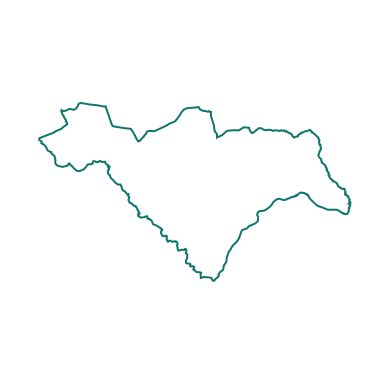 Bazega, Bazéga, Burkina Faso, rotated 8°
{"feature_id": "67063806B75312427459337", "entity_name": "Bazega", "entity_type": "district", "adm_level": 2, "iso_a3": "BFA", "parent_name": "Burkina Faso", "parent_adm1": "Bazéga", "projection": "albers", "projection_center": [-1.393, 11.898], "detail": "fine", "context": "isolated", "style": "outline", "palette": "teal", "viewbox_px": 384, "rotation_deg": 8, "n_neighbors": 0, "source": "geoboundaries", "source_scale": "gbopen_adm2", "svg_char_len": 6071}
<svg xmlns="http://www.w3.org/2000/svg" viewBox="0 0 384 384"><g transform="rotate(8 192 192)"><path d="M36.0,164.6L36.6,165.1L38.0,165.3L39.3,166.0L41.8,168.5L42.1,169.5L43.4,170.9L44.4,171.5L47.3,172.2L47.3,173.2L51.0,175.6L51.4,177.5L52.4,179.4L52.3,181.1L52.7,182.6L53.7,183.7L55.2,184.6L56.6,184.9L60.6,185.1L64.9,183.3L65.7,182.6L65.6,182.0L65.9,181.2L66.8,180.8L68.4,182.5L69.6,183.1L72.1,185.3L75.3,187.1L77.5,187.1L81.4,184.8L83.7,181.9L84.3,180.3L85.1,179.2L89.1,178.2L89.5,177.8L89.8,175.5L90.2,175.1L91.5,175.1L92.4,175.5L94.2,175.7L94.9,175.5L96.1,174.2L97.0,174.1L98.9,174.8L101.4,174.1L101.8,174.3L102.1,175.3L102.8,175.9L103.6,176.6L104.8,176.8L105.7,177.8L106.8,178.1L106.8,178.7L105.5,179.0L106.6,180.3L106.7,181.0L105.7,182.2L106.2,183.3L105.9,184.7L106.2,185.3L107.3,186.3L108.5,186.9L109.1,188.7L110.3,189.9L112.2,191.2L115.0,193.6L117.9,195.0L119.8,194.5L120.5,195.0L122.5,198.4L122.5,199.1L123.5,200.1L124.9,200.5L126.3,201.4L127.6,202.8L128.3,203.0L129.1,202.7L129.6,203.2L129.1,204.1L130.6,206.1L130.2,208.5L130.4,209.2L131.2,210.1L131.3,210.7L131.7,211.2L132.6,211.1L132.8,211.5L135.1,212.5L136.1,213.7L137.8,213.7L138.8,214.4L138.7,214.9L140.0,215.9L140.4,217.0L141.7,218.3L141.5,218.7L143.1,220.5L142.3,221.5L141.7,221.6L142.1,223.2L142.8,223.3L143.8,224.3L144.6,224.4L148.1,223.7L150.2,222.3L151.2,222.4L151.6,224.4L151.9,224.6L153.1,224.6L153.3,224.9L153.9,224.6L154.4,225.2L155.3,225.6L156.2,226.3L157.8,229.2L161.9,230.3L166.7,232.5L167.9,233.7L167.9,234.0L167.0,234.5L166.8,236.4L167.0,237.1L168.3,238.5L168.6,239.4L169.4,239.9L172.0,238.9L172.7,239.7L173.2,239.4L173.4,239.7L173.1,240.5L173.5,241.5L173.5,242.6L174.9,244.4L175.3,244.5L176.0,243.5L177.0,243.2L179.5,244.1L181.8,243.1L182.3,243.1L182.9,243.7L183.7,243.4L184.8,244.8L185.0,245.6L184.5,247.1L185.1,248.0L185.9,251.2L186.7,252.0L190.2,250.5L192.2,250.5L193.3,249.2L193.8,249.4L194.7,250.7L194.3,252.8L194.5,253.5L195.7,254.2L196.1,255.1L196.4,258.6L195.6,260.3L195.7,262.6L195.9,262.9L197.0,263.4L199.2,263.3L200.3,263.6L200.6,263.9L200.3,265.3L200.5,265.7L202.1,265.8L203.8,265.4L204.2,265.5L204.8,266.4L204.3,267.3L204.1,268.6L204.5,268.9L205.7,269.1L206.6,270.2L208.2,270.7L210.5,270.4L212.2,270.6L212.4,270.8L211.9,271.9L212.7,275.9L213.8,275.5L215.8,274.3L216.7,274.6L217.5,274.4L222.6,274.2L223.4,274.5L223.7,275.7L225.4,277.1L226.7,276.2L227.1,275.1L228.9,273.4L229.2,272.8L229.7,272.2L230.3,271.1L229.7,270.4L229.9,269.1L230.5,268.5L231.1,267.1L233.7,264.8L233.7,260.5L235.5,257.0L235.7,255.0L235.5,252.3L236.8,245.9L238.1,243.7L239.0,241.0L240.7,238.1L243.2,235.2L243.7,233.9L244.3,233.2L245.1,230.7L246.6,223.3L247.1,222.6L250.9,220.8L252.1,219.7L252.8,218.1L258.9,214.4L260.6,212.6L261.1,211.7L261.2,209.9L260.9,207.5L259.7,205.6L259.9,203.5L260.3,202.7L261.3,201.7L265.8,200.5L267.3,199.6L271.1,195.9L272.7,193.5L274.0,190.6L276.6,187.8L278.3,186.8L279.3,186.6L282.6,187.1L285.3,187.0L287.0,185.7L289.1,184.8L290.5,183.5L293.1,182.9L293.7,182.0L294.0,181.8L295.1,181.9L295.9,181.2L295.7,180.6L296.4,180.2L296.9,180.3L298.3,178.4L299.3,177.7L301.1,177.2L302.3,177.6L303.8,177.4L304.7,178.1L306.7,178.3L307.0,178.5L306.8,179.1L308.6,180.4L308.8,181.2L309.6,182.2L316.1,186.9L318.6,188.3L323.5,189.2L329.0,190.7L332.7,190.0L333.7,190.0L338.0,189.4L338.7,189.9L340.6,190.0L341.5,191.0L342.6,191.2L343.5,191.8L344.4,191.7L344.9,192.4L345.5,192.1L346.6,192.7L348.7,192.2L348.6,191.9L349.7,190.2L349.9,187.6L349.6,186.7L350.0,186.1L349.7,185.5L350.2,184.9L350.3,183.9L350.7,183.2L350.2,182.5L349.7,182.5L348.7,181.8L349.1,181.2L350.4,180.5L350.0,179.7L349.0,179.0L348.9,178.3L349.2,177.6L347.4,175.6L347.6,174.7L346.9,174.4L346.7,174.6L345.5,173.3L344.6,173.7L343.8,172.8L344.2,171.6L343.7,171.3L343.9,170.1L342.9,169.0L342.6,167.6L339.9,168.0L339.3,167.5L338.4,167.4L337.5,166.5L336.5,166.3L335.8,165.9L335.2,164.4L334.6,163.6L334.2,163.6L333.4,162.7L331.1,161.8L329.7,160.9L329.5,161.3L328.7,160.1L327.2,159.5L325.7,157.7L325.9,156.8L325.7,156.2L324.8,156.1L324.8,154.1L323.0,152.6L322.8,151.6L322.3,151.5L322.0,151.1L322.3,150.1L321.3,149.0L320.7,147.6L319.5,146.8L319.5,146.5L316.4,144.8L316.4,143.9L315.7,143.2L315.5,141.7L313.2,140.0L312.3,138.8L312.0,137.8L312.6,135.3L312.5,134.5L313.7,132.2L313.4,131.8L313.6,130.3L312.8,128.9L312.7,127.4L312.0,127.4L311.5,127.1L311.4,126.0L310.8,125.2L311.0,123.0L309.5,121.1L309.5,120.6L305.8,117.9L304.0,116.8L302.6,116.4L302.7,116.0L300.2,114.0L298.6,115.1L295.0,116.5L293.9,117.4L291.9,118.1L291.7,119.1L290.6,119.5L289.4,120.8L289.3,121.5L289.0,121.4L288.4,122.5L287.6,122.6L285.4,123.9L284.4,123.1L284.1,123.1L283.3,121.7L282.8,121.4L282.0,120.4L281.2,120.6L280.2,120.0L279.3,120.0L278.9,119.5L277.5,119.0L277.1,118.6L276.3,119.2L274.8,118.6L274.7,118.2L272.6,118.9L271.9,118.5L269.6,119.4L266.5,119.1L263.9,120.2L262.0,119.6L258.5,119.7L257.4,120.5L255.0,120.5L251.1,119.1L248.8,119.9L245.2,124.0L244.1,124.9L243.1,125.3L241.4,123.9L239.9,121.5L239.6,120.5L234.4,120.7L233.1,121.6L230.4,124.0L229.5,124.4L227.7,124.8L226.6,124.7L218.7,126.3L217.1,127.6L214.1,131.4L210.5,133.8L209.3,133.9L209.1,134.2L208.7,131.3L206.3,128.8L205.6,127.7L204.6,123.4L200.4,114.5L199.9,112.9L199.7,110.1L198.9,110.2L197.7,109.5L196.7,110.3L193.7,109.9L192.3,110.3L188.7,109.2L188.0,108.6L186.7,106.9L185.6,107.4L176.3,109.5L174.5,110.2L173.1,111.1L171.9,112.3L170.6,114.4L168.6,118.9L165.8,123.8L165.0,124.7L160.0,127.5L157.2,130.0L147.0,136.6L145.2,137.2L141.7,137.3L139.6,138.0L139.0,138.7L138.2,140.9L137.0,142.5L136.6,143.7L134.4,146.6L133.6,147.9L133.6,148.3L131.7,149.4L129.4,146.8L127.7,144.1L125.0,140.6L122.6,138.0L114.5,138.2L105.2,137.9L104.2,137.6L103.2,136.4L94.5,119.2L93.0,119.6L86.8,119.3L77.9,119.6L73.1,119.3L69.1,119.4L67.6,120.4L67.1,121.7L67.2,122.4L66.5,123.7L65.3,125.8L64.3,126.6L63.3,127.1L60.0,126.7L59.0,126.8L56.1,128.8L53.6,129.8L52.6,129.9L51.4,129.1L51.3,130.1L53.3,133.8L54.2,134.2L54.6,135.4L57.3,138.6L57.2,139.5L58.6,140.7L58.8,142.4L55.9,145.2L53.7,147.7L48.6,150.8L47.8,151.3L47.4,152.1L33.6,159.8L33.3,161.5L35.9,162.9L36.4,163.5L36.0,164.6Z" fill="none" stroke="#0f766e" stroke-width="2"/></g></svg>